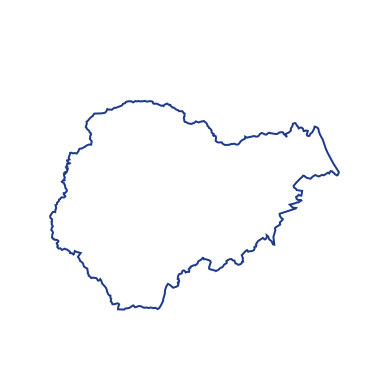 Amboasary-Atsimo, Anosy, Madagascar, rotated 255°
{"feature_id": "10022922B61088153240222", "entity_name": "Amboasary-Atsimo", "entity_type": "district", "adm_level": 2, "iso_a3": "MDG", "parent_name": "Madagascar", "parent_adm1": "Anosy", "projection": "mercator", "projection_center": [46.389, -24.509], "detail": "fine", "context": "isolated", "style": "outline", "palette": "blue", "viewbox_px": 384, "rotation_deg": 255, "n_neighbors": 0, "source": "geoboundaries", "source_scale": "gbopen_adm2", "svg_char_len": 5994}
<svg xmlns="http://www.w3.org/2000/svg" viewBox="0 0 384 384"><g transform="rotate(255 192 192)"><path d="M199.6,48.6L199.1,48.9L197.2,48.1L194.9,48.7L194.0,47.5L192.0,46.4L191.4,46.3L190.9,46.8L188.8,47.3L186.9,46.0L184.4,45.0L182.9,45.5L182.7,46.4L181.6,46.6L180.5,49.4L179.1,50.3L178.1,49.4L177.7,48.1L176.9,48.0L174.7,48.6L174.2,47.8L173.4,47.7L171.8,48.7L171.7,50.3L169.7,51.4L170.2,54.4L169.1,55.5L168.8,56.4L165.8,58.7L164.5,58.4L164.1,60.0L162.3,61.3L162.5,61.8L165.3,63.5L163.9,65.2L161.9,68.7L159.0,65.1L158.5,65.1L156.7,65.9L154.5,66.0L153.1,67.2L151.1,68.3L149.0,68.2L147.7,68.5L145.0,71.1L143.3,70.7L141.5,70.8L140.5,70.2L139.1,70.8L137.8,70.5L136.3,72.0L135.2,72.2L134.8,72.8L134.9,74.3L133.6,77.1L133.2,77.6L131.0,78.1L130.6,78.5L130.6,79.4L131.6,80.8L129.9,81.4L127.0,81.5L122.0,84.0L119.7,84.4L117.9,84.1L114.7,84.7L113.5,85.4L113.1,86.4L110.7,85.8L109.6,86.3L107.4,85.2L106.7,85.8L104.2,86.1L103.7,88.0L103.8,91.1L103.2,92.0L102.4,92.6L100.2,91.1L97.8,90.2L96.0,96.1L96.7,97.4L96.2,101.3L97.7,105.7L97.5,106.2L95.8,106.9L95.3,107.5L95.6,111.4L94.6,113.5L92.9,115.2L92.6,115.8L92.1,118.6L91.2,119.9L91.1,122.2L89.8,124.7L89.7,126.4L88.6,127.8L87.9,128.3L88.2,130.1L90.6,132.7L94.4,136.0L95.8,136.4L100.2,139.1L104.6,140.8L107.7,143.0L109.5,145.0L107.9,146.7L104.4,149.0L104.6,152.7L105.0,154.0L105.6,154.7L106.9,154.7L107.1,155.2L108.0,155.0L108.1,155.7L108.8,155.7L109.3,156.6L110.2,156.4L111.4,156.6L111.6,155.7L114.0,156.5L116.0,158.3L116.0,160.9L118.1,162.2L118.5,163.4L117.9,164.5L115.9,165.1L116.1,166.7L115.6,168.5L116.9,169.2L118.4,168.9L119.1,170.1L119.2,171.0L120.2,171.2L120.8,174.8L120.3,176.3L121.6,178.9L123.4,180.1L124.4,183.6L125.6,185.2L125.3,185.9L124.0,186.1L123.5,187.9L121.5,191.1L120.5,191.8L119.1,191.8L115.2,189.2L113.7,188.7L113.0,189.0L109.9,194.3L109.4,194.6L110.1,197.6L111.4,200.0L111.4,201.1L111.8,202.4L113.6,204.3L114.3,206.9L114.9,207.4L116.3,207.3L117.0,208.8L117.3,210.7L117.1,212.7L115.3,213.8L114.8,215.2L111.8,215.5L111.1,216.7L109.7,217.8L109.7,220.1L110.3,221.5L111.5,222.1L111.5,223.4L113.9,223.5L114.9,224.1L118.1,223.7L121.2,228.7L121.6,229.8L121.5,230.3L119.8,230.8L119.8,232.7L119.4,234.7L119.8,236.7L121.1,237.8L122.6,237.9L123.0,238.6L122.7,239.7L123.9,240.4L124.9,240.2L127.5,243.1L129.3,248.6L127.4,249.9L127.3,250.7L128.0,251.7L129.9,252.9L130.8,253.0L129.4,254.0L126.3,254.3L123.7,256.2L120.6,256.6L120.1,257.0L119.8,257.9L127.5,259.0L133.6,262.7L135.5,262.8L136.1,263.3L137.7,268.7L139.9,269.0L141.7,272.3L142.3,272.7L144.2,271.3L146.3,270.7L148.3,271.0L149.2,287.8L149.6,288.4L150.7,285.8L151.3,285.0L154.5,283.2L154.4,288.6L154.8,290.7L154.4,291.9L155.5,295.4L156.1,295.1L156.9,292.3L158.6,291.2L160.3,291.3L160.6,292.6L161.7,294.2L160.9,294.9L160.2,296.7L164.5,298.7L166.8,293.6L168.2,293.2L169.9,291.7L171.6,291.7L174.0,295.1L176.8,299.7L178.1,302.5L179.0,303.4L178.6,304.6L177.6,305.1L175.9,306.7L174.5,309.2L174.2,310.2L175.6,312.4L176.5,315.4L174.2,318.4L174.8,321.7L174.7,322.5L174.0,323.6L175.5,328.4L174.4,329.3L176.3,331.2L175.8,332.6L174.6,333.0L173.9,334.0L172.4,334.5L170.5,336.3L170.9,337.4L173.1,339.0L183.1,335.9L195.0,333.1L199.5,332.4L208.6,331.9L214.3,330.5L218.1,330.2L220.3,330.4L221.6,329.8L223.3,327.8L223.4,327.3L221.3,326.2L218.4,323.4L217.6,321.5L215.9,320.0L215.8,319.2L216.7,317.9L217.8,317.7L221.0,319.7L222.0,317.8L221.7,316.2L221.9,315.6L224.5,315.5L225.7,314.7L226.2,313.3L225.8,311.5L228.0,311.2L228.5,310.7L231.5,309.8L232.0,309.3L231.8,307.1L229.8,306.2L227.7,303.9L225.8,303.5L224.5,301.2L223.8,297.5L220.4,297.8L222.6,296.9L224.2,295.6L225.8,295.5L226.5,294.5L226.9,292.0L226.1,289.6L226.2,288.1L229.3,281.4L228.2,278.5L228.5,277.7L231.0,274.7L230.5,272.7L228.9,270.8L228.6,269.4L228.9,268.2L230.0,266.4L230.3,259.1L231.7,257.7L229.9,257.1L229.1,254.0L228.3,252.1L226.5,249.9L226.0,248.7L226.4,247.0L227.8,245.2L227.8,243.6L228.3,242.2L227.9,240.6L228.9,235.9L231.0,233.9L232.2,233.7L233.1,230.1L233.8,229.1L235.3,228.1L238.0,229.2L239.7,229.4L240.5,228.4L240.6,227.4L241.6,227.1L242.3,228.0L244.3,226.4L246.3,226.8L248.5,226.0L249.5,225.0L250.8,224.9L251.6,224.1L252.7,224.2L255.0,223.7L257.5,221.8L257.7,221.4L257.4,220.6L257.7,219.3L257.5,216.4L259.2,214.0L258.1,211.8L258.2,210.7L257.8,209.3L259.3,206.1L261.0,204.4L261.6,203.3L262.6,202.9L263.9,203.3L265.0,203.1L266.6,203.7L267.2,204.5L268.4,204.6L269.7,205.2L270.4,204.4L272.5,203.6L273.5,200.2L274.5,199.9L275.7,198.1L278.2,196.2L278.8,194.8L279.5,194.6L280.9,193.5L281.8,193.6L282.3,192.0L283.8,191.0L283.5,188.3L282.4,186.8L283.1,186.2L283.3,184.5L286.0,181.4L286.9,179.6L287.0,178.2L287.7,177.4L289.4,177.4L290.4,175.7L290.8,174.0L290.9,172.0L292.3,169.7L292.4,167.4L292.8,166.6L292.9,165.3L293.8,163.7L293.8,162.0L294.5,160.9L293.8,158.3L295.5,156.7L295.5,155.6L296.1,154.3L296.1,151.5L295.1,150.5L295.0,148.2L293.7,146.8L293.0,140.2L293.4,138.8L292.2,135.8L293.0,133.8L293.0,133.1L294.0,131.6L292.7,130.8L291.1,128.7L291.3,125.3L293.0,118.0L292.3,116.9L290.9,115.6L290.9,115.0L289.8,112.7L287.8,109.9L287.2,108.3L285.5,108.2L282.3,106.2L281.7,106.7L280.4,106.7L277.5,108.6L276.1,108.6L274.9,109.5L274.3,109.3L273.8,109.5L272.4,108.1L271.2,107.9L269.8,107.1L266.9,108.2L263.8,106.9L264.5,104.6L264.1,101.8L263.6,100.9L262.5,96.6L262.9,95.2L262.5,94.0L260.8,92.9L259.0,90.6L260.0,88.6L260.3,86.5L261.2,85.6L261.3,84.4L258.9,83.1L257.4,81.9L256.2,81.7L255.1,82.1L254.9,79.6L254.5,79.4L252.5,80.3L251.4,81.4L251.1,80.5L251.6,78.8L249.7,77.8L248.7,78.1L248.6,76.7L246.7,77.1L246.5,78.0L245.8,77.7L243.8,76.0L244.1,74.8L243.6,73.9L243.0,75.1L242.2,73.8L242.1,72.9L240.8,72.6L239.1,73.0L238.1,72.1L236.4,72.1L236.2,71.7L236.7,70.5L235.5,68.9L233.6,70.7L232.7,70.6L232.1,71.0L228.3,70.8L227.1,71.6L225.4,71.4L223.9,69.3L224.1,67.8L222.9,67.6L220.8,68.6L220.2,67.9L219.8,67.1L220.6,64.8L219.9,63.2L219.3,62.8L219.1,61.6L217.6,60.9L216.5,58.8L215.0,58.3L214.6,56.7L211.7,56.7L210.0,55.4L208.0,54.7L208.5,53.8L208.7,52.3L205.5,48.7L203.4,48.6L202.1,49.7L200.0,49.1L199.6,48.6Z" fill="none" stroke="#1e3a8a" stroke-width="2"/></g></svg>